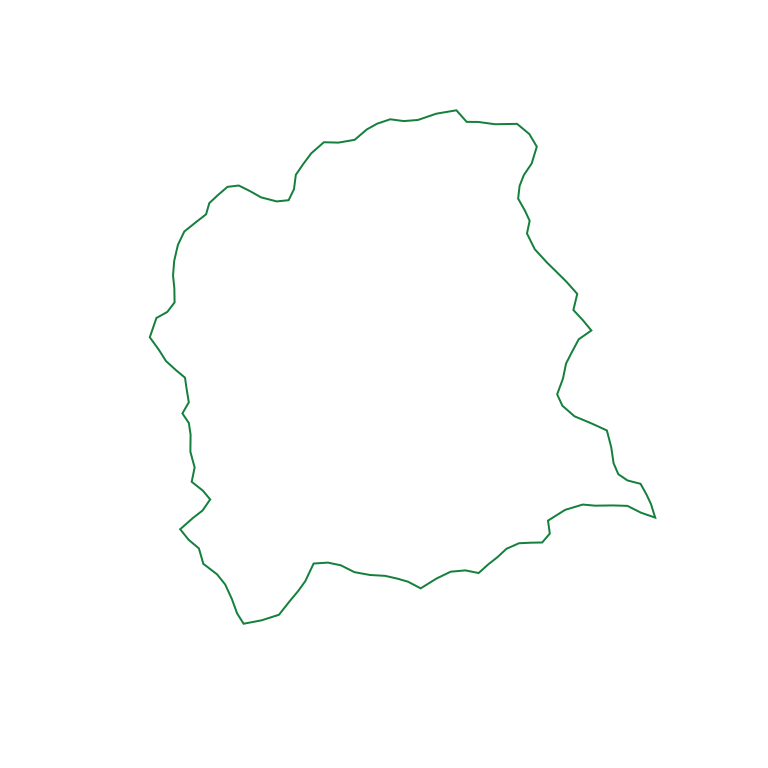 outline of Santa Efigênia de Minas, Minas Gerais, Brazil, rotated 61°
{"feature_id": "56859067B31006487845376", "entity_name": "Santa Efigênia de Minas", "entity_type": "district", "adm_level": 2, "iso_a3": "BRA", "parent_name": "Brazil", "parent_adm1": "Minas Gerais", "projection": "albers", "projection_center": [-42.4, -18.864], "detail": "fine", "context": "isolated", "style": "outline", "palette": "green", "viewbox_px": 768, "rotation_deg": 61, "n_neighbors": 0, "source": "geoboundaries", "source_scale": "gbopen_adm2", "svg_char_len": 1713}
<svg xmlns="http://www.w3.org/2000/svg" viewBox="0 0 768 768"><g transform="rotate(61 384 384)"><path d="M525.6,623.0L531.3,605.8L534.9,587.7L527.9,571.0L523.4,559.3L518.2,548.3L506.9,532.6L513.0,519.7L521.6,509.7L534.2,501.1L544.2,488.9L552.3,476.1L560.4,467.0L568.5,458.9L580.5,451.0L579.6,432.2L580.5,416.7L586.4,403.3L595.2,392.9L592.3,380.2L590.5,369.0L587.5,356.8L588.7,343.2L594.1,332.3L599.3,322.5L595.2,311.5L583.0,306.8L581.9,286.5L585.8,268.6L592.8,258.3L601.1,242.8L608.6,230.2L621.2,221.6L632.3,211.6L618.5,208.7L607.9,208.0L595.7,208.0L586.4,217.8L576.5,222.8L564.6,221.6L549.4,215.9L532.7,211.6L519.4,221.4L504.7,233.0L489.6,238.5L477.0,237.6L465.9,224.7L454.4,214.9L448.1,205.6L439.3,192.0L437.7,176.7L424.8,179.1L411.1,182.5L398.9,171.3L383.3,174.8L371.5,178.2L357.1,182.5L339.3,186.8L321.7,186.0L311.9,177.5L300.9,176.7L286.9,176.8L276.5,169.4L269.0,160.3L262.7,147.9L250.5,135.3L235.9,135.7L221.0,141.5L210.6,161.0L200.6,174.4L194.8,184.6L179.7,188.0L172.9,207.3L169.5,226.4L163.6,239.3L155.5,250.2L153.0,263.8L153.0,275.5L156.2,291.3L150.8,306.8L143.4,319.4L147.0,335.9L152.6,348.3L158.3,359.7L170.0,368.3L177.0,378.3L172.3,389.3L161.2,401.0L149.7,408.1L140.0,414.8L135.7,425.3L138.2,437.5L141.1,449.1L149.3,457.3L151.1,468.9L153.8,484.7L162.4,496.8L174.6,507.8L186.8,515.9L198.5,520.9L211.1,527.6L215.9,538.6L215.9,551.0L229.6,566.2L245.2,564.3L258.1,563.6L270.9,559.3L282.0,555.0L293.9,559.5L305.4,563.6L312.0,574.6L323.5,573.6L334.5,577.7L349.4,586.2L365.2,590.1L376.3,599.6L389.6,594.1L400.7,592.0L406.7,604.1L408.5,615.8L412.2,632.7L425.5,630.4L438.1,625.6L453.7,629.2L469.5,622.3L482.3,620.1L498.3,621.3L513.5,623.7L525.6,623.0Z" fill="none" stroke="#15803d" stroke-width="2"/></g></svg>